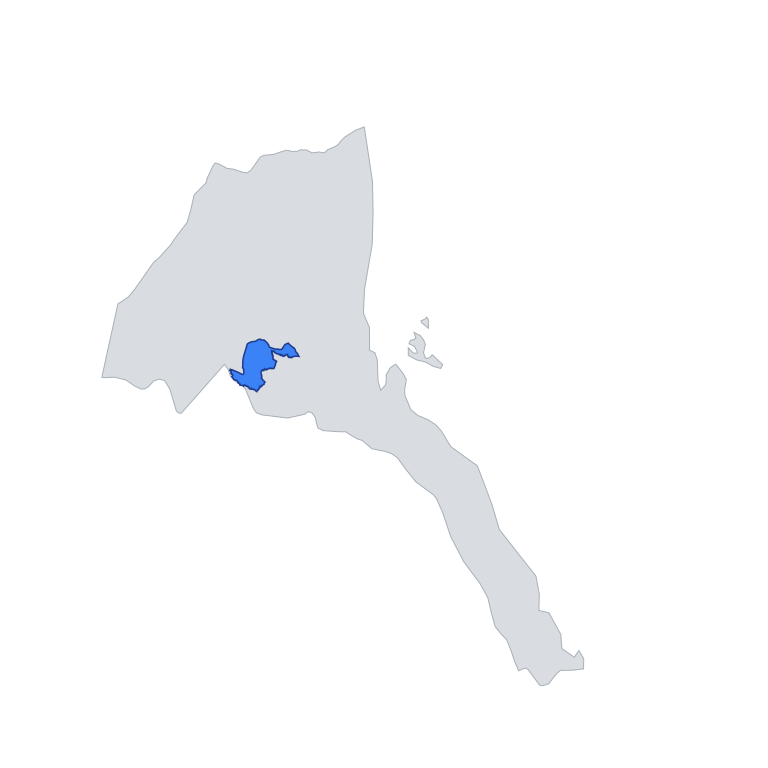 location of Molqi, Gash Barka, Eritrea, rotated 18°
{"feature_id": "51966322B62181385469599", "entity_name": "Molqi", "entity_type": "district", "adm_level": 2, "iso_a3": "ERI", "parent_name": "Eritrea", "parent_adm1": "Gash Barka", "projection": "albers", "projection_center": [38.368, 14.994], "detail": "fine", "context": "in_parent", "style": "filled", "palette": "blue", "viewbox_px": 768, "rotation_deg": 18, "n_neighbors": 0, "source": "geoboundaries", "source_scale": "gbopen_adm2", "svg_char_len": 8034}
<svg xmlns="http://www.w3.org/2000/svg" viewBox="0 0 768 768"><g transform="rotate(18 384 384)"><path d="M113.6,464.8L111.1,440.3L109.5,423.8L107.8,406.4L106.2,390.0L114.1,380.0L117.8,370.5L127.3,339.5L131.1,333.3L138.5,316.7L139.6,311.9L146.9,291.0L146.3,277.0L145.0,262.9L149.0,254.6L152.5,248.0L152.3,242.3L154.0,229.2L155.1,226.0L159.4,225.8L168.2,227.5L174.7,226.2L182.2,226.3L188.0,225.9L191.4,221.9L196.1,206.6L199.2,203.5L201.5,202.6L208.1,199.8L213.8,195.4L218.4,192.2L220.1,191.6L225.0,191.2L229.8,189.3L232.1,187.1L238.2,185.4L244.2,186.4L248.2,184.5L250.9,183.3L254.0,183.2L256.8,181.4L257.9,178.7L259.8,177.0L264.4,173.0L266.6,170.1L267.5,167.2L268.5,164.9L270.6,161.0L278.7,151.3L285.8,145.6L310.4,194.8L320.5,223.9L329.5,254.3L336.2,300.0L342.6,323.2L352.7,334.7L359.8,356.4L365.7,357.1L370.1,363.1L377.6,383.4L382.9,391.0L385.7,384.4L385.3,380.7L383.2,374.4L385.1,366.3L389.2,361.5L398.7,368.0L403.9,372.9L405.3,383.0L407.5,388.5L417.5,400.2L425.9,403.5L436.7,404.3L445.8,406.8L453.1,411.0L466.8,422.9L498.1,433.0L523.6,464.8L538.7,486.8L587.9,519.8L596.6,535.8L601.3,551.5L611.5,550.6L629.5,567.5L634.9,580.6L649.4,585.1L651.7,577.3L658.8,583.5L661.8,593.3L652.7,597.5L642.6,601.2L641.1,601.1L637.8,605.7L633.2,618.3L628.0,622.0L625.2,622.4L609.1,611.0L606.6,610.4L603.2,612.8L600.7,615.2L593.2,606.5L587.6,598.8L579.9,589.5L572.5,585.5L564.6,580.3L556.7,568.2L548.6,554.9L536.8,544.0L514.8,528.4L494.6,508.5L479.1,487.6L469.2,476.7L464.9,474.0L444.6,467.3L430.3,457.8L419.4,449.9L412.7,447.9L406.2,447.7L392.4,449.3L380.9,444.4L376.0,444.5L368.3,443.0L362.3,441.3L355.2,443.5L340.7,447.1L334.7,446.3L331.5,441.4L329.5,437.6L324.5,433.7L320.3,433.7L318.0,437.2L302.8,446.2L277.4,451.1L271.4,450.8L266.9,447.2L254.0,431.9L250.4,429.4L247.5,429.2L241.5,427.4L235.9,424.4L231.1,418.2L226.2,414.6L220.9,426.8L211.6,448.3L206.6,459.8L200.2,474.5L198.1,475.0L194.9,473.9L182.2,455.4L174.3,448.4L168.3,449.0L164.0,452.4L161.2,458.6L158.2,462.4L155.0,463.8L148.0,463.1L137.4,460.0L126.4,460.6L115.1,464.7L113.6,464.8ZM411.9,342.0L415.3,346.5L417.7,346.1L419.5,344.5L420.8,341.3L433.9,347.5L433.1,351.7L425.4,352.0L416.4,350.3L408.1,351.0L398.3,349.3L395.9,342.1L402.2,345.5L405.5,344.6L406.1,343.7L401.6,338.9L395.3,338.0L395.7,334.2L398.5,332.7L400.2,330.8L396.6,325.6L403.6,326.8L408.1,329.9L411.1,333.6L411.9,342.0ZM406.3,309.1L409.1,317.3L401.1,314.2L399.7,312.5L403.2,309.2L403.9,307.2L406.3,309.1Z" fill="#d9dde1" stroke="#a8b0b8" stroke-width="1"/><path d="M274.1,395.4L273.6,395.2L273.0,395.4L272.8,395.2L272.6,395.3L272.4,395.3L272.2,395.2L272.0,394.9L271.7,394.8L271.2,394.8L270.9,394.7L271.0,394.4L270.9,394.3L270.5,394.0L270.3,393.9L270.2,393.8L270.2,392.3L270.1,392.1L269.9,392.0L269.8,391.9L269.6,391.7L269.7,391.4L269.2,391.1L268.9,391.1L268.8,390.7L268.8,390.3L268.9,390.1L268.6,389.8L268.5,389.7L268.2,389.7L267.9,389.6L267.7,389.4L267.9,389.1L267.9,388.7L267.5,388.2L267.3,388.2L267.0,387.8L266.8,387.2L267.2,387.3L267.6,387.1L268.2,387.5L268.3,387.5L268.5,387.0L268.7,386.9L269.2,386.9L269.4,387.1L269.8,387.1L270.1,387.3L270.2,387.8L270.6,387.8L270.8,388.1L271.7,387.9L272.1,388.2L272.5,388.4L272.8,388.3L273.0,388.3L273.2,388.2L273.5,388.3L273.7,388.2L274.0,388.1L274.3,388.3L274.8,388.2L275.1,388.4L275.2,388.0L275.9,387.8L276.0,387.8L275.9,388.0L276.0,388.3L276.5,388.6L276.9,388.4L277.0,388.6L277.4,388.8L277.6,388.7L277.8,388.3L278.1,387.9L278.2,388.1L278.7,388.2L278.8,388.4L279.0,388.3L279.3,388.5L279.7,388.5L279.8,388.7L280.2,388.3L280.2,388.1L280.4,388.0L280.5,387.8L280.7,388.0L280.8,387.8L281.0,387.7L280.9,387.4L281.3,387.3L281.5,387.0L281.8,386.7L281.8,386.4L282.2,386.2L282.6,385.9L282.8,385.8L283.1,386.4L283.2,386.5L283.3,386.3L283.5,386.6L283.7,386.3L283.8,386.3L283.8,386.6L283.6,386.8L283.9,387.2L284.0,387.3L284.3,387.4L284.5,387.6L284.8,387.7L284.7,387.8L284.8,387.9L284.9,388.1L285.0,388.1L285.2,387.9L285.4,388.0L285.5,387.8L286.2,387.9L286.3,387.8L286.5,387.7L286.5,387.3L286.9,387.3L287.3,387.4L287.5,387.2L287.6,387.4L287.8,387.2L288.1,387.4L288.4,387.1L289.0,386.1L289.4,385.8L291.3,384.9L292.1,384.6L292.6,384.5L293.3,384.2L294.5,384.0L293.8,383.5L293.0,382.4L292.7,382.2L292.0,381.6L291.8,381.4L290.3,380.7L290.1,380.6L289.4,379.4L288.3,378.2L287.7,377.8L286.8,377.3L286.3,377.3L284.6,376.8L283.7,376.3L282.3,375.8L280.9,375.1L280.6,374.8L280.3,374.7L279.5,375.4L278.4,376.3L277.5,377.3L277.3,378.5L277.0,379.2L276.3,381.8L276.1,382.5L275.8,382.7L275.6,382.9L274.5,383.3L273.7,383.6L272.8,383.5L272.0,383.8L270.5,384.1L270.2,384.2L270.1,384.3L269.7,384.4L269.2,384.5L266.6,384.4L263.8,384.4L263.5,384.4L263.1,384.0L262.9,383.4L262.4,382.7L261.9,382.3L261.0,381.7L260.9,381.4L260.0,380.9L259.0,380.4L258.4,380.2L258.2,380.0L257.9,379.8L257.6,379.7L257.2,379.7L256.7,379.3L255.6,379.4L255.2,379.7L254.5,379.9L253.8,380.2L253.7,380.2L253.3,379.7L252.9,379.6L252.4,379.7L251.6,380.0L250.9,380.4L250.1,381.2L248.4,383.2L247.5,383.7L247.0,383.8L246.5,384.0L244.9,384.9L243.7,385.8L242.7,386.8L241.9,387.8L241.7,388.0L241.6,389.6L241.8,392.5L241.9,401.0L242.3,404.0L243.0,407.0L244.0,410.0L244.4,412.1L245.9,413.3L246.5,414.9L247.2,416.3L247.3,418.0L246.5,418.7L241.0,417.9L238.5,417.7L235.2,417.4L233.5,417.5L233.3,417.5L233.4,417.9L233.3,418.2L233.1,418.4L233.1,418.8L233.3,418.9L233.6,419.0L234.0,418.7L234.3,418.2L234.5,418.2L234.7,418.6L234.6,418.9L234.6,419.2L234.9,419.5L235.0,419.9L234.9,420.9L235.0,421.1L235.3,421.2L235.5,421.1L235.6,420.9L235.8,421.1L235.9,421.7L236.2,421.9L236.6,421.8L236.8,421.8L237.3,422.1L237.6,422.5L237.4,423.3L237.2,423.4L237.0,423.8L237.0,424.1L237.3,424.3L237.9,424.5L239.4,425.9L240.2,426.4L241.1,426.1L242.2,426.3L243.4,426.2L243.5,426.5L243.9,426.8L244.3,426.8L244.5,426.9L244.7,427.3L244.7,427.5L244.8,427.9L245.1,427.8L245.5,427.9L245.8,428.2L246.4,428.2L246.8,428.3L246.9,428.5L246.9,429.0L247.5,429.7L248.6,429.2L249.4,429.3L249.8,429.3L250.3,429.0L250.5,428.9L250.9,429.1L251.0,429.4L251.1,429.5L251.3,429.1L251.3,428.1L251.9,428.1L252.1,428.1L252.4,428.4L252.6,428.5L252.8,428.5L253.0,428.3L253.5,428.3L253.8,428.7L253.9,428.8L254.7,428.6L254.8,428.3L255.5,428.5L255.8,428.6L256.1,429.1L256.3,429.0L256.3,429.4L256.7,429.3L256.9,429.3L257.7,430.2L258.1,430.0L258.4,429.7L258.9,429.9L258.9,429.7L259.0,429.5L259.2,430.0L259.5,430.0L260.1,429.8L260.4,429.5L260.6,429.5L261.0,429.6L261.2,429.3L261.5,429.2L262.1,429.6L262.5,429.4L262.7,429.2L262.8,429.2L263.3,429.7L263.5,430.0L263.8,430.0L264.2,430.2L264.5,430.3L264.9,430.0L265.2,430.0L265.4,430.2L265.4,429.9L265.5,429.8L265.5,429.6L265.6,429.4L265.6,429.1L265.9,428.9L266.1,428.7L266.3,428.5L266.1,428.1L266.5,427.8L266.5,427.7L266.3,427.6L266.6,427.2L266.5,426.8L266.5,426.6L266.8,426.5L266.8,426.3L266.9,426.2L267.0,425.6L267.0,425.4L267.3,425.3L267.3,425.0L267.2,424.9L267.4,424.7L267.2,424.6L268.0,424.5L268.1,423.9L268.0,423.6L268.3,423.5L268.2,423.4L268.3,423.1L268.6,423.0L268.8,422.7L268.8,422.4L269.2,422.1L269.4,421.9L269.6,421.8L269.9,421.6L270.0,421.2L269.9,420.4L269.9,419.8L270.2,419.3L270.3,419.1L270.1,418.8L269.5,418.5L269.4,418.4L268.7,418.3L268.3,417.9L267.8,417.8L267.4,417.5L267.0,417.4L266.7,416.9L266.2,416.4L265.6,416.4L265.6,415.3L265.3,414.2L263.3,410.9L263.5,408.8L263.7,408.6L263.9,408.7L264.1,408.6L264.3,408.6L264.3,408.4L264.8,408.7L265.1,408.6L264.8,408.2L265.0,408.0L265.2,407.7L265.3,407.8L265.5,408.0L265.7,407.7L265.6,407.4L266.0,407.4L266.0,406.9L266.2,407.1L266.4,406.7L266.6,406.8L266.7,406.6L267.2,406.5L267.2,406.8L267.8,406.9L268.0,406.6L268.1,406.2L268.4,406.4L268.5,406.3L268.7,406.0L268.7,405.8L269.0,405.7L269.4,405.0L269.7,404.7L269.8,404.6L270.4,404.7L270.6,404.5L270.7,404.3L271.2,404.3L271.4,404.0L271.5,404.0L271.9,404.1L272.2,404.0L272.4,404.1L272.5,404.0L272.4,403.9L272.5,403.9L272.6,403.7L273.3,403.8L273.6,403.6L273.9,403.5L273.9,403.3L274.0,403.2L274.1,403.4L274.4,403.1L274.6,402.8L274.8,402.6L274.5,401.4L274.6,400.9L274.9,400.2L274.8,399.2L274.7,398.9L274.7,398.2L274.5,397.7L274.4,397.0L274.7,396.6L274.7,396.1L274.9,395.9L274.8,395.6L274.4,395.4L274.1,395.4Z" fill="#3b82f6" stroke="#1e3a8a" stroke-width="1.5"/></g></svg>